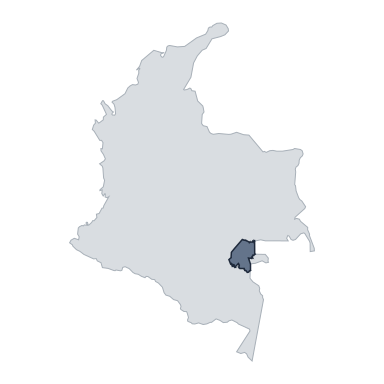 Mitú, Vaupés, Colombia (highlighted)
{"feature_id": "7082276B74847859536954", "entity_name": "Mitú", "entity_type": "district", "adm_level": 2, "iso_a3": "COL", "parent_name": "Colombia", "parent_adm1": "Vaupés", "projection": "mercator", "projection_center": [-70.077, 0.972], "detail": "fine", "context": "in_parent", "style": "filled", "palette": "slate", "viewbox_px": 384, "rotation_deg": 0, "n_neighbors": 0, "source": "geoboundaries", "source_scale": "gbopen_adm2", "svg_char_len": 6656}
<svg xmlns="http://www.w3.org/2000/svg" viewBox="0 0 384 384"><path d="M224.9,34.8L220.5,36.6L212.0,38.8L206.1,48.5L202.2,50.2L197.3,55.9L193.6,62.9L190.9,77.3L183.6,89.5L184.2,90.0L187.1,89.5L189.8,88.1L190.8,88.5L191.8,90.7L195.1,91.2L197.7,101.0L202.8,106.0L203.3,108.0L204.0,112.0L202.2,114.5L201.6,123.5L203.2,125.7L207.0,126.6L209.5,132.2L211.0,133.5L213.3,134.3L218.8,133.5L228.7,134.4L231.0,134.2L236.6,132.3L243.6,134.7L248.9,135.1L263.0,151.9L264.4,151.4L266.2,152.4L269.8,150.7L272.9,150.4L276.9,151.2L282.2,151.2L293.0,149.5L294.6,148.5L300.5,149.5L302.2,150.8L303.1,153.9L302.4,155.8L300.3,157.8L299.2,160.3L299.0,163.3L297.9,165.6L296.0,167.1L295.3,169.2L295.7,172.0L294.7,184.6L295.5,185.7L296.1,190.9L298.6,197.6L299.8,199.5L301.9,201.1L305.6,206.7L304.8,208.5L295.1,217.2L294.6,219.2L296.5,218.4L299.4,219.2L300.5,221.3L307.7,227.4L307.6,229.7L309.6,234.2L309.3,235.2L314.2,248.2L314.4,250.9L310.2,251.6L310.1,243.0L309.5,241.2L304.8,233.5L303.8,232.9L300.7,233.8L295.5,239.5L293.0,240.3L291.1,239.5L289.1,236.1L287.8,235.5L286.6,238.3L288.2,240.9L265.2,240.8L260.7,239.8L254.5,241.1L254.4,254.2L265.3,254.4L268.3,258.1L268.0,261.2L268.5,262.3L265.9,262.9L262.1,260.8L255.3,263.3L250.4,263.9L250.0,278.3L253.0,281.9L258.8,285.8L259.7,288.4L259.3,290.9L260.7,294.0L262.6,295.7L262.6,297.5L263.5,299.6L252.1,361.0L248.1,357.2L246.6,353.8L244.6,352.4L240.8,353.5L236.6,351.8L250.0,331.0L249.5,329.1L238.4,324.0L237.2,322.7L231.9,320.0L229.0,320.8L227.3,322.2L223.3,322.6L220.0,320.4L216.1,318.9L211.5,322.4L210.1,322.4L206.8,323.9L203.2,324.5L198.6,322.9L194.8,324.0L192.2,323.8L191.2,322.7L187.9,321.4L187.5,320.0L188.5,317.5L187.0,312.4L186.5,311.6L184.0,311.5L181.0,309.6L180.4,308.6L181.0,306.5L180.5,304.7L177.6,300.7L173.6,299.6L169.8,296.3L165.9,295.1L164.1,292.7L162.4,287.2L158.4,283.0L155.6,281.5L154.7,279.6L151.8,279.3L147.9,276.5L146.2,276.4L145.0,277.7L141.4,276.3L138.3,274.3L135.1,273.7L133.0,272.5L129.2,268.6L125.1,266.7L122.7,267.4L121.9,270.3L120.6,270.8L115.9,270.0L115.1,270.7L113.8,270.5L108.1,268.4L102.4,267.6L101.0,262.7L97.3,260.9L96.2,258.6L93.7,258.9L84.0,254.5L80.0,251.4L76.5,249.7L72.9,246.2L72.4,244.8L69.6,242.8L71.0,240.2L74.3,238.3L78.6,239.8L79.2,236.8L77.6,234.1L78.3,228.0L79.5,226.7L81.9,225.5L83.4,225.9L84.3,224.9L87.8,225.4L88.9,225.0L91.6,222.5L92.8,220.6L94.0,220.8L96.9,217.5L96.4,214.2L99.1,213.5L102.0,208.2L103.2,208.0L103.9,205.5L108.9,196.6L107.1,197.7L105.1,197.0L105.4,194.0L104.8,193.7L103.2,196.0L101.8,193.6L102.2,189.9L99.9,190.6L100.0,189.7L103.3,186.8L104.6,180.3L103.6,177.9L102.9,168.1L102.3,166.2L99.6,163.8L103.9,161.0L105.4,158.9L103.5,154.5L101.0,150.8L100.9,148.6L102.4,148.8L103.0,142.7L101.6,140.4L99.8,140.4L94.2,131.3L92.3,129.5L93.7,125.1L95.4,123.2L95.1,119.9L96.2,120.1L98.6,123.1L99.6,122.6L103.3,119.8L103.4,117.1L106.5,114.4L102.2,105.1L100.8,103.7L102.5,100.7L103.5,100.8L105.1,103.8L107.8,105.7L111.7,110.8L113.4,112.0L112.2,113.1L111.9,114.4L112.5,115.0L114.7,115.2L115.6,113.8L115.0,107.5L114.1,104.3L112.0,102.1L112.7,101.2L116.7,99.7L125.0,93.7L127.8,88.0L130.0,86.0L132.5,84.6L135.5,85.0L137.8,84.2L138.5,82.4L137.0,78.5L138.8,73.2L138.7,70.4L139.9,68.8L139.5,68.2L136.4,70.1L139.6,66.3L141.7,60.5L153.8,50.3L161.7,52.7L164.2,52.6L160.9,53.9L160.5,55.3L161.6,56.9L162.8,57.3L163.8,56.3L166.4,50.4L166.8,47.1L168.0,45.9L169.7,45.5L177.4,46.9L184.7,46.4L196.6,37.9L205.6,34.2L207.8,30.7L208.4,28.1L210.0,27.0L211.8,27.0L212.8,25.6L216.9,23.3L221.4,23.0L226.0,25.0L228.2,28.6L228.5,31.0L224.9,34.8ZM88.0,224.3L87.4,224.7L86.4,223.9L86.0,222.9L86.7,222.2L87.5,222.4L88.0,224.3Z" fill="#d9dde1" stroke="#a8b0b8" stroke-width="1"/><path d="M250.5,270.3L250.5,264.2L248.4,258.0L248.6,258.0L248.8,258.5L249.0,258.8L249.3,258.8L249.5,258.7L249.7,258.3L249.8,258.3L249.9,258.2L250.2,258.1L250.4,258.1L250.5,258.2L250.8,258.2L251.0,258.1L251.4,258.3L251.5,258.3L251.8,258.4L251.9,258.5L252.1,258.3L252.0,258.2L251.9,258.0L251.8,257.8L251.9,257.7L251.8,257.4L251.8,257.2L252.0,257.0L252.3,257.2L252.2,257.0L252.3,257.0L252.3,256.8L252.3,256.7L252.3,256.2L252.5,256.0L252.6,255.9L252.9,255.7L253.0,255.6L253.0,255.4L253.4,255.6L253.6,255.6L253.7,255.4L253.7,255.2L253.8,255.0L254.2,254.8L254.4,254.8L255.2,254.1L254.8,253.8L254.7,253.8L254.6,241.0L254.4,241.1L254.2,240.9L254.2,241.0L254.2,240.9L254.0,241.0L253.9,241.0L254.0,241.1L253.8,241.1L253.8,241.3L253.7,241.4L253.7,241.5L253.4,241.6L253.2,241.5L252.9,241.7L252.9,241.8L252.8,241.7L252.8,241.8L252.7,241.8L252.8,241.8L252.7,241.8L252.5,242.0L252.4,242.0L252.2,242.1L251.9,242.1L251.7,242.1L251.4,242.0L251.2,242.0L250.9,242.0L250.7,242.1L250.4,242.2L250.2,242.2L249.9,242.2L249.8,242.3L249.7,242.3L249.7,242.2L249.6,242.3L249.6,242.2L249.5,242.3L249.4,242.2L249.2,242.2L248.9,242.1L248.6,241.8L248.3,241.7L248.1,241.6L247.8,241.4L247.7,241.2L247.4,241.1L247.1,241.0L246.8,240.9L246.5,240.9L246.3,240.8L246.1,240.7L246.0,240.3L245.8,240.2L245.6,240.2L245.5,240.3L245.3,240.3L245.2,240.3L245.1,240.2L245.0,240.3L244.9,240.3L244.8,240.2L244.7,240.1L244.4,240.2L244.1,240.2L243.8,240.1L243.6,240.1L242.9,239.8L242.9,239.6L242.6,239.5L242.3,239.5L234.5,248.5L231.4,252.3L231.1,256.9L231.1,257.1L231.2,257.3L231.1,257.7L230.9,257.8L228.9,259.6L230.6,264.0L230.7,263.9L230.8,263.9L230.9,263.7L230.9,263.8L231.0,263.8L231.0,263.7L230.9,263.6L231.0,263.5L231.1,263.8L231.3,263.8L231.3,264.0L231.5,264.1L231.8,264.0L231.8,264.3L231.8,264.5L231.7,264.6L232.3,266.4L232.5,266.3L232.8,266.0L232.9,265.8L232.8,265.7L232.9,265.3L232.9,265.2L233.0,264.9L233.3,264.7L233.5,264.6L233.8,264.6L233.9,264.8L234.0,264.9L233.9,265.0L234.0,265.2L233.9,265.3L233.9,265.2L233.9,265.3L234.0,265.4L233.9,265.4L234.0,265.4L234.1,265.5L233.9,265.6L233.9,265.8L233.9,265.7L234.0,265.8L234.1,265.7L234.2,265.8L234.3,266.0L234.2,266.2L234.3,266.3L234.5,266.4L234.4,266.9L234.5,267.1L234.8,267.3L234.7,267.3L234.8,267.4L238.4,263.4L238.5,263.5L238.6,263.8L238.7,264.0L238.8,264.1L238.8,264.3L238.7,264.4L238.7,264.6L238.8,265.0L239.1,265.1L239.2,265.3L239.3,265.3L239.3,265.5L239.2,265.9L239.2,266.0L239.1,266.3L239.0,266.5L238.9,266.7L238.8,266.8L238.9,267.0L239.0,267.3L238.9,267.3L239.0,267.4L239.1,267.5L239.0,267.8L239.3,268.1L239.5,268.2L239.7,268.3L239.8,268.3L239.9,268.5L244.1,268.5L244.1,268.8L244.1,269.0L244.3,269.0L244.5,269.4L244.5,269.8L244.6,270.0L244.7,270.3L244.8,270.5L245.0,270.6L245.3,270.7L245.5,270.6L245.8,270.5L246.0,270.6L246.2,270.9L247.2,272.4L247.3,272.4L247.6,272.4L247.8,272.4L248.1,272.2L248.4,272.2L248.6,272.0L248.8,271.9L249.0,271.7L249.1,271.4L249.3,271.2L249.6,271.0L249.6,270.9L249.9,270.8L250.0,270.7L250.3,270.7L250.5,270.5L250.3,270.4L250.5,270.3Z" fill="#64748b" stroke="#1e293b" stroke-width="1.5"/></svg>